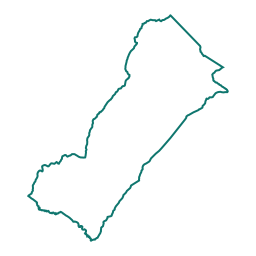 the district of Jorge Basadre, Tacna, Peru
{"feature_id": "86281439B54708928525670", "entity_name": "Jorge Basadre", "entity_type": "district", "adm_level": 2, "iso_a3": "PER", "parent_name": "Peru", "parent_adm1": "Tacna", "projection": "robinson", "projection_center": [-70.838, -17.585], "detail": "fine", "context": "isolated", "style": "outline", "palette": "teal", "viewbox_px": 256, "rotation_deg": 0, "n_neighbors": 0, "source": "geoboundaries", "source_scale": "gbopen_adm2", "svg_char_len": 5700}
<svg xmlns="http://www.w3.org/2000/svg" viewBox="0 0 256 256"><path d="M170.5,15.4L170.2,15.5L169.4,16.6L168.2,17.5L166.9,18.2L165.9,18.6L164.9,19.4L163.8,20.0L162.9,20.0L162.2,20.2L161.6,20.9L161.1,21.2L160.4,20.9L159.5,20.1L159.2,19.6L156.0,21.1L155.7,20.9L155.5,20.4L155.1,20.2L152.8,20.2L150.7,19.7L149.8,20.1L148.1,21.1L146.9,21.1L145.7,22.8L144.8,22.9L143.9,23.7L143.2,23.7L142.5,24.0L142.6,25.0L141.6,27.0L141.4,28.3L140.2,28.9L139.9,29.9L138.2,32.8L137.6,35.0L137.4,36.4L136.6,37.1L135.0,37.3L134.5,38.3L134.6,38.9L134.9,39.8L135.0,41.5L135.2,41.8L135.4,42.2L135.8,42.5L137.0,42.9L137.0,43.3L136.5,44.3L134.4,46.5L133.9,48.3L130.9,51.1L130.0,52.5L128.9,54.7L128.4,56.1L127.7,57.6L127.5,58.8L126.7,60.6L126.6,61.7L125.5,66.1L125.5,67.6L125.3,68.6L125.3,69.0L126.2,71.2L127.3,71.9L127.8,73.6L128.6,74.5L129.4,74.8L129.5,75.0L129.4,75.7L129.5,76.2L129.3,76.6L129.2,77.0L128.7,77.6L128.7,78.0L127.9,78.6L127.6,79.1L126.9,79.4L126.4,79.9L125.6,81.1L125.2,83.6L124.8,85.5L123.8,86.1L123.0,86.1L122.5,86.3L122.0,86.8L120.9,88.4L118.9,88.8L118.4,89.2L117.8,90.6L117.0,91.7L115.9,92.2L115.6,92.7L115.4,93.5L114.9,94.2L112.8,96.1L112.2,97.7L111.2,98.8L110.9,99.4L109.7,100.2L107.6,102.2L104.5,106.9L104.2,108.2L103.4,109.0L102.4,110.5L101.4,111.2L100.9,111.9L100.0,112.0L99.3,112.5L99.1,113.0L99.2,113.4L97.9,114.2L97.3,114.8L97.2,115.9L96.8,116.4L96.6,117.1L96.1,117.3L95.3,118.3L94.1,119.1L93.7,119.1L93.3,119.5L92.7,121.0L93.0,123.1L92.3,124.7L92.3,126.9L92.0,127.5L91.2,128.4L90.6,129.4L90.0,130.2L89.7,132.0L89.2,133.1L89.3,134.5L89.2,135.3L88.8,136.2L87.6,137.8L87.3,138.7L87.1,140.5L87.3,141.8L87.1,144.4L86.4,145.6L85.9,147.7L85.9,148.2L86.4,149.3L86.5,149.7L85.8,151.1L86.0,152.3L85.6,155.5L85.2,157.4L83.9,157.6L80.4,157.4L78.8,156.8L76.8,155.5L76.2,155.2L74.8,154.3L74.2,154.1L72.1,154.1L70.4,155.5L69.3,155.7L68.0,156.4L67.4,156.6L67.0,156.3L65.8,155.1L65.0,155.0L62.4,156.3L62.1,157.2L61.9,158.9L61.2,159.7L60.7,161.0L59.8,161.9L58.9,163.7L58.7,163.7L58.2,163.6L57.1,162.4L56.5,162.1L54.7,163.6L54.3,163.8L51.7,163.3L50.8,163.6L48.7,166.2L48.0,166.4L45.6,165.2L44.8,165.0L43.4,165.4L42.3,166.1L42.1,166.7L42.7,169.5L42.7,170.8L42.4,171.3L42.1,171.4L40.7,170.6L39.6,170.6L38.8,171.2L37.9,172.4L37.4,174.0L37.6,175.8L37.4,176.9L36.6,178.5L35.7,179.8L35.5,180.9L35.2,181.7L34.4,182.4L33.9,183.8L33.2,184.7L32.8,185.7L33.0,188.3L32.7,189.5L32.9,190.2L32.8,190.8L31.8,192.3L31.6,193.5L28.6,195.5L28.3,196.0L30.1,197.3L31.5,198.5L32.8,199.2L36.8,202.3L37.0,202.7L36.8,203.4L37.1,204.0L37.2,205.1L37.8,205.9L38.5,206.2L38.5,206.9L38.6,207.5L39.1,207.6L38.7,208.6L38.9,208.9L38.9,209.3L39.1,209.5L39.6,209.1L39.6,209.4L39.9,209.7L40.3,209.6L41.0,210.0L41.8,210.1L41.9,210.3L42.6,210.2L43.3,210.5L43.9,210.3L44.4,210.7L44.7,210.6L45.0,211.0L45.4,210.7L45.7,210.9L45.8,210.7L46.7,210.8L46.9,211.4L47.8,211.3L48.5,211.0L49.2,212.2L50.1,212.9L51.1,213.1L51.5,212.9L51.8,213.2L52.1,213.3L53.1,212.5L53.8,212.8L54.2,213.3L54.6,213.4L54.8,213.9L55.0,213.9L55.3,213.5L55.8,214.3L56.4,214.1L56.4,213.8L56.9,213.3L57.8,213.5L58.4,213.3L58.7,212.8L59.2,212.5L60.2,212.3L60.5,211.9L61.3,212.1L62.9,213.2L63.2,213.6L63.8,213.9L66.1,215.6L67.3,216.2L69.5,217.7L72.1,220.1L73.3,221.7L74.1,221.8L74.7,221.5L76.4,222.0L77.5,222.6L78.0,223.1L78.6,224.4L78.5,225.9L79.4,226.4L79.5,226.6L79.4,227.0L80.0,227.0L80.1,226.5L80.7,226.0L81.3,226.0L82.0,226.3L82.4,226.9L82.0,228.2L82.1,228.9L82.5,229.5L83.1,229.5L83.7,229.7L84.5,229.3L85.7,230.1L86.0,230.6L86.0,231.5L85.6,232.8L85.0,233.3L85.3,233.8L85.7,233.6L85.8,233.6L86.1,233.8L86.1,234.2L86.6,234.9L86.9,235.0L87.0,235.5L87.2,235.2L87.5,235.5L87.8,235.5L87.9,236.0L88.3,236.2L88.3,236.5L88.5,236.5L88.4,237.0L88.6,237.2L88.8,237.2L88.9,236.9L89.2,237.1L89.5,236.9L89.9,237.7L90.0,238.2L90.8,238.6L90.8,239.4L91.0,239.6L90.7,240.2L90.9,240.6L91.3,240.6L91.8,240.2L92.8,239.9L93.3,239.6L94.9,239.6L95.2,239.0L95.6,238.9L96.7,238.0L97.5,237.8L99.6,234.1L100.1,233.5L100.5,232.5L100.7,231.7L100.9,231.4L101.0,231.0L100.9,230.2L101.1,229.0L101.2,227.7L101.6,227.2L102.3,226.8L103.0,226.1L103.1,225.7L103.6,223.6L103.7,223.2L103.4,222.5L103.5,221.9L104.1,221.3L106.2,220.3L106.5,219.6L107.4,218.3L107.4,217.3L107.6,216.9L110.9,216.2L111.7,215.6L111.9,214.3L112.3,213.9L113.0,212.1L113.1,211.2L113.4,210.6L114.2,210.1L114.7,209.5L114.7,208.5L115.8,206.4L118.8,202.8L119.4,201.3L122.3,198.2L123.1,196.5L123.4,195.1L125.9,192.7L126.9,190.9L130.1,188.1L130.4,187.6L131.1,185.5L139.1,180.5L139.0,179.1L139.2,178.3L139.1,177.4L139.3,176.6L139.6,176.1L140.3,173.9L141.0,172.7L141.4,171.7L141.5,170.6L142.5,169.5L142.7,169.0L142.5,167.9L142.7,166.7L143.2,165.5L144.4,164.3L146.3,163.4L149.1,161.6L149.6,161.1L151.0,158.4L155.7,153.7L159.1,150.9L161.4,148.4L170.4,138.0L184.9,119.7L185.7,118.6L186.2,117.8L186.4,116.5L187.7,115.4L188.8,115.0L193.5,112.3L198.0,110.3L198.9,109.7L199.0,109.4L199.9,109.1L201.9,108.0L202.4,107.6L202.5,107.1L202.6,106.0L202.8,105.7L203.6,105.1L205.1,103.4L205.5,101.1L206.2,99.7L206.4,98.8L206.6,98.6L207.7,98.9L208.4,98.7L209.5,97.4L209.9,97.3L211.9,97.3L212.7,97.0L213.0,96.8L213.5,95.9L215.6,93.2L217.4,92.3L218.6,92.0L220.4,91.8L221.8,92.2L223.5,92.4L225.3,92.1L227.3,92.1L227.7,91.6L227.7,91.1L227.3,90.6L227.1,90.0L226.1,89.0L225.6,88.9L225.0,88.4L224.8,88.1L223.9,87.7L223.1,87.0L222.6,86.9L221.5,86.1L221.2,85.5L219.3,84.7L218.9,84.0L217.9,83.6L216.7,82.5L216.1,82.6L215.4,82.3L214.4,81.2L213.7,80.9L213.3,80.1L213.3,78.6L212.7,77.1L212.6,76.1L212.3,74.6L213.1,73.5L214.5,72.6L215.1,71.6L216.2,70.6L219.2,70.1L222.1,67.7L222.9,67.3L204.9,55.8L204.4,55.8L203.9,56.1L203.6,56.0L203.3,55.3L202.1,53.9L201.4,52.5L200.5,51.7L200.5,50.7L200.2,50.0L200.1,49.2L200.5,47.2L200.1,46.0L170.5,15.4Z" fill="none" stroke="#0f766e" stroke-width="2"/></svg>